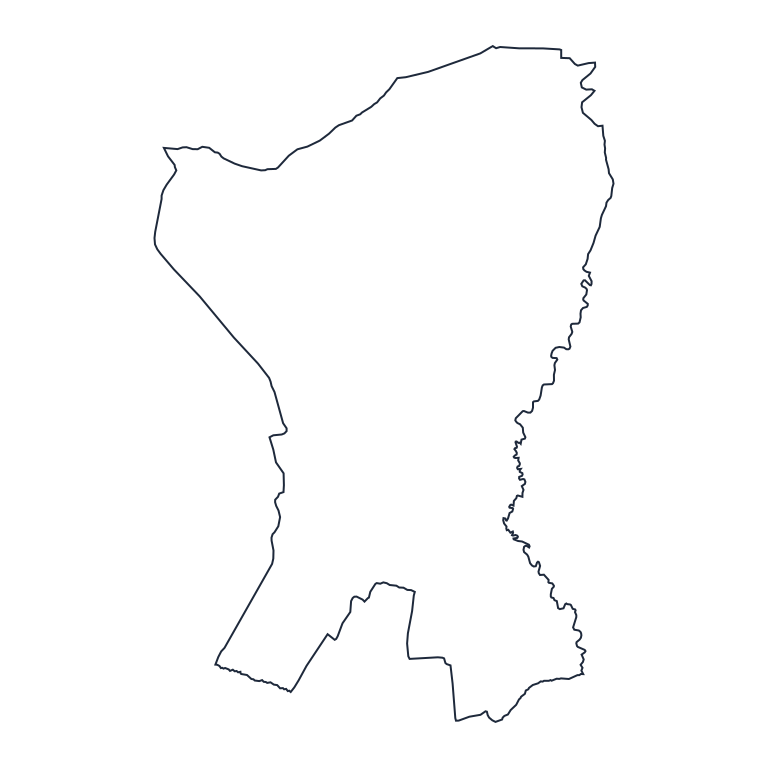 outline of Katako-Kombe, Kasaï-Oriental, Democratic Republic of the Congo
{"feature_id": "63176286B65571818133367", "entity_name": "Katako-Kombe", "entity_type": "district", "adm_level": 2, "iso_a3": "COD", "parent_name": "Democratic Republic of the Congo", "parent_adm1": "Kasaï-Oriental", "projection": "natural_earth1", "projection_center": [24.617, -3.373], "detail": "fine", "context": "isolated", "style": "outline", "palette": "slate", "viewbox_px": 768, "rotation_deg": 0, "n_neighbors": 0, "source": "geoboundaries", "source_scale": "gbopen_adm2", "svg_char_len": 6084}
<svg xmlns="http://www.w3.org/2000/svg" viewBox="0 0 768 768"><path d="M492.7,46.1L480.3,53.4L428.1,71.9L405.8,77.2L397.3,78.1L389.4,89.2L386.1,92.4L383.9,95.6L380.2,98.4L377.1,102.4L374.2,104.1L371.3,106.8L362.0,112.5L360.2,114.3L356.4,115.7L352.1,120.5L338.9,125.2L335.3,127.6L329.0,133.7L319.8,140.6L307.4,146.6L297.4,149.3L288.8,155.7L278.0,167.5L275.9,168.9L267.4,169.2L265.2,170.2L261.1,170.4L242.1,166.2L234.6,163.6L223.7,158.4L221.4,156.6L219.6,153.8L217.7,152.6L214.9,152.3L209.2,147.8L202.3,146.8L197.7,149.2L192.6,149.1L186.5,147.2L182.6,147.4L177.6,149.1L163.9,147.9L168.0,156.3L174.6,164.9L174.9,167.1L176.3,170.4L174.1,174.5L166.7,184.6L163.4,190.2L161.6,195.6L161.6,199.0L155.2,231.9L154.5,238.1L155.0,244.4L157.3,249.3L160.6,253.8L173.9,269.4L199.7,296.4L233.9,337.6L258.0,363.6L269.1,377.9L270.6,381.7L271.6,386.1L274.5,392.0L283.1,423.2L286.6,428.3L286.6,431.1L284.4,433.4L281.7,434.5L273.3,435.3L269.5,437.3L273.3,449.6L276.0,462.4L283.6,473.3L283.9,485.2L283.5,492.1L279.2,493.6L278.0,496.8L275.2,499.7L275.1,502.2L276.2,505.9L278.5,510.5L280.1,517.1L278.3,526.3L274.5,532.3L272.6,534.2L271.5,537.7L271.6,540.7L273.5,550.5L273.3,558.6L272.1,563.9L224.5,647.9L221.2,651.4L218.3,657.0L215.4,664.6L217.3,664.8L219.5,666.0L220.9,668.1L222.2,667.8L223.5,668.6L225.1,668.0L228.7,669.4L230.0,670.9L232.8,669.7L234.7,671.3L236.6,671.0L238.1,672.3L240.4,671.8L240.6,673.4L241.2,674.0L247.0,675.0L251.4,679.0L253.5,679.3L254.7,680.5L259.3,681.1L262.1,680.1L263.7,681.8L265.8,682.0L267.2,682.9L270.5,682.3L273.8,684.6L277.2,685.1L280.1,688.3L282.9,688.1L284.1,689.3L286.1,688.9L287.8,691.1L289.2,690.7L290.7,692.0L294.3,687.4L298.6,680.4L306.5,665.9L327.6,634.2L334.7,639.8L336.2,638.9L337.7,636.2L342.5,623.3L350.3,612.0L351.1,601.1L352.7,598.0L354.3,596.7L356.6,596.6L362.6,599.6L364.5,601.6L367.9,598.1L368.9,597.6L370.3,591.8L375.4,583.9L376.7,583.1L380.3,583.7L383.3,582.4L386.8,583.2L389.7,585.0L396.4,585.7L399.2,587.5L403.5,587.7L407.3,589.9L411.1,590.1L414.8,591.9L413.8,595.5L412.1,611.1L407.9,633.3L407.1,643.5L408.3,656.3L409.6,658.9L437.8,657.3L442.4,657.7L444.1,658.4L445.4,663.0L446.7,664.1L450.5,665.4L452.6,683.6L455.3,718.1L456.0,720.7L458.7,720.6L469.4,716.7L480.5,714.8L485.5,711.3L486.9,711.7L487.7,715.1L489.1,717.6L492.3,720.3L495.5,721.9L502.1,719.5L502.7,717.6L504.4,715.9L507.9,714.5L510.7,710.0L516.2,704.8L519.0,699.4L520.4,698.2L521.1,696.7L524.9,693.8L525.8,690.5L528.3,689.3L529.0,687.9L532.8,685.0L538.1,683.3L540.7,681.4L542.7,681.6L544.0,680.8L548.8,680.8L550.6,680.1L551.6,680.7L556.7,678.7L559.3,678.9L561.0,678.4L568.9,679.0L577.5,675.1L579.4,675.1L580.9,674.0L583.2,674.1L581.4,670.6L582.5,667.8L580.6,664.8L582.9,662.0L583.7,659.4L581.6,654.6L584.7,652.4L585.5,651.1L584.7,649.9L577.8,646.9L577.0,646.0L576.3,643.3L576.6,642.1L579.6,639.6L580.9,637.7L581.4,635.3L581.1,633.2L580.4,631.8L578.8,630.5L574.3,629.7L573.1,627.4L576.3,617.1L576.3,615.1L575.0,612.1L575.6,610.4L575.2,609.5L572.7,608.8L570.9,605.0L570.1,604.5L567.1,604.1L566.3,603.5L565.2,604.2L563.5,608.3L559.8,609.1L558.1,608.1L556.8,601.1L554.5,600.2L553.5,598.0L551.4,597.5L550.8,596.5L550.8,594.2L551.9,588.8L553.8,586.7L553.9,585.7L552.3,583.4L548.9,582.8L548.4,582.3L548.6,579.9L543.9,574.7L540.0,575.0L538.8,573.2L538.5,571.6L540.1,565.9L538.9,562.2L538.0,561.7L537.0,562.6L535.8,566.2L533.8,566.5L532.0,565.5L530.1,563.2L528.3,556.6L527.1,554.6L524.1,552.1L523.5,549.8L524.1,546.8L525.5,545.8L526.7,545.9L529.1,547.5L529.6,546.3L528.9,544.7L522.1,541.5L518.1,541.0L513.7,539.3L513.5,538.5L517.3,537.9L517.9,536.8L517.3,535.7L515.5,535.0L513.0,535.6L512.0,535.2L513.1,532.7L512.8,531.5L510.4,532.7L508.3,529.8L506.8,530.2L506.3,528.5L506.5,526.5L504.1,523.5L503.2,520.2L503.5,518.1L505.3,518.5L506.1,520.4L506.7,520.6L508.0,518.5L509.6,513.0L512.3,511.5L513.1,508.8L512.7,508.1L509.6,507.7L509.2,506.9L510.1,505.2L511.1,504.6L513.5,505.6L513.9,500.9L516.3,498.2L516.9,495.9L517.8,495.5L522.4,496.8L522.5,492.9L523.5,489.9L521.8,486.1L524.9,483.9L525.4,481.9L524.4,479.4L523.1,479.0L520.0,479.8L519.1,478.5L519.2,476.9L522.0,475.8L522.6,474.5L522.3,473.1L519.8,471.9L519.7,470.5L520.8,468.9L517.8,469.2L517.1,467.9L517.6,466.5L519.2,465.9L519.8,464.3L519.8,463.2L518.2,460.5L518.6,457.8L515.5,458.0L514.3,457.7L513.7,456.8L514.7,455.6L516.6,454.5L516.8,452.9L516.0,451.2L514.4,449.1L515.0,448.2L516.6,447.8L517.0,446.8L515.5,442.3L515.7,441.6L516.6,441.5L518.4,442.9L519.7,442.7L520.7,443.8L521.5,439.6L524.9,438.6L525.4,437.2L523.2,432.6L522.8,427.7L520.1,424.3L517.4,423.0L516.0,421.5L515.3,420.3L515.8,418.2L522.7,411.2L523.9,411.0L527.9,412.6L530.4,412.6L532.1,410.9L533.0,407.7L533.0,402.2L533.9,401.4L537.9,400.9L539.2,399.5L540.6,395.6L541.9,387.4L542.7,385.4L543.9,384.5L552.0,384.1L553.0,383.2L554.0,380.7L553.9,374.8L555.0,370.0L554.4,365.2L554.9,363.0L557.3,359.6L556.6,358.1L552.6,357.9L551.5,357.1L551.1,356.0L551.6,353.4L552.6,350.8L555.6,347.8L559.3,347.0L564.0,347.6L566.3,349.2L568.3,349.3L569.5,348.7L570.4,346.6L568.7,339.4L569.0,337.3L571.6,333.9L572.3,331.9L570.7,326.5L571.2,324.5L572.2,323.8L578.1,323.6L579.5,322.4L580.7,317.3L580.5,313.7L581.0,310.3L583.0,308.0L586.8,306.9L587.7,305.5L587.8,303.9L583.6,300.5L583.2,299.5L583.4,298.1L586.3,294.5L587.0,290.1L586.5,288.8L585.2,287.6L582.3,286.3L581.3,283.9L583.6,280.4L585.0,280.3L589.9,285.1L590.9,285.3L591.5,284.0L591.6,281.2L588.8,275.9L590.0,272.6L586.5,271.8L584.4,270.4L583.3,269.1L583.1,267.3L585.8,264.3L587.6,258.9L588.1,254.1L590.5,250.4L593.5,243.0L595.6,235.6L599.7,226.9L600.9,218.3L601.9,214.9L606.0,206.2L606.5,202.6L608.2,200.0L610.6,197.9L611.3,196.0L612.2,188.0L613.5,183.7L612.8,179.4L609.0,173.2L608.6,169.2L606.0,159.7L606.1,157.9L604.8,152.4L605.1,148.4L604.5,144.6L604.9,140.8L603.3,135.8L602.5,125.7L598.0,126.2L594.6,123.8L591.4,120.0L582.9,112.8L581.5,107.2L582.1,102.3L590.9,95.2L594.5,90.8L591.9,89.3L586.2,89.6L581.8,87.4L580.8,82.8L582.4,80.1L590.5,73.5L595.2,66.9L595.0,62.6L588.6,63.1L577.8,65.6L574.9,64.0L569.7,58.2L561.2,57.9L561.2,50.0L559.6,49.4L543.0,48.4L518.8,48.3L500.1,47.0L496.1,48.2L492.7,46.1Z" fill="none" stroke="#1e293b" stroke-width="2"/></svg>